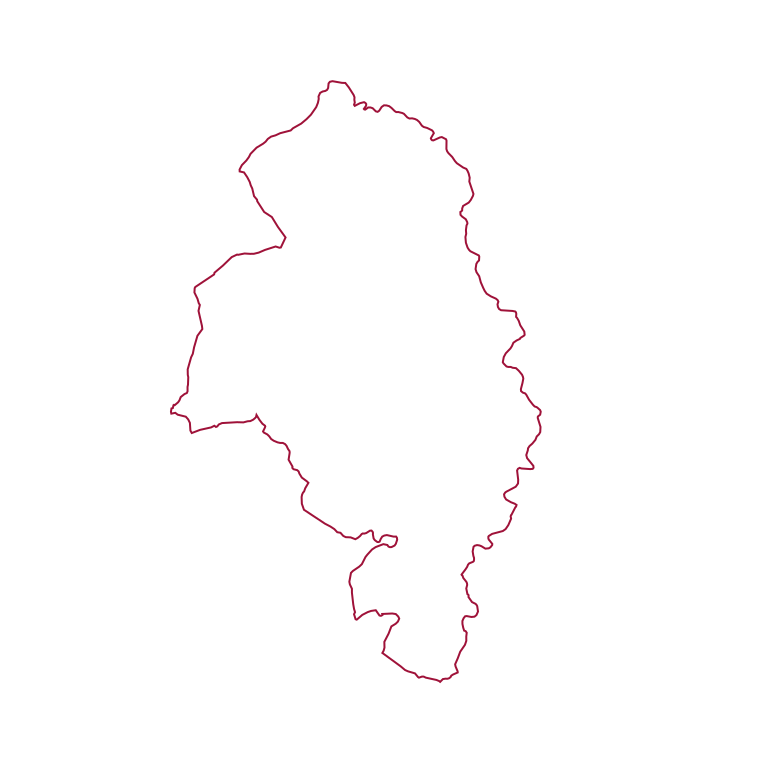 Cuautempan, Puebla, Mexico (Albers equal-area conic projection), rotated 145°
{"feature_id": "50627088B27236807147286", "entity_name": "Cuautempan", "entity_type": "district", "adm_level": 2, "iso_a3": "MEX", "parent_name": "Mexico", "parent_adm1": "Puebla", "projection": "albers", "projection_center": [-97.792, 19.919], "detail": "fine", "context": "isolated", "style": "outline", "palette": "rose", "viewbox_px": 768, "rotation_deg": 145, "n_neighbors": 0, "source": "geoboundaries", "source_scale": "gbopen_adm2", "svg_char_len": 6166}
<svg xmlns="http://www.w3.org/2000/svg" viewBox="0 0 768 768"><g transform="rotate(145 384 384)"><path d="M519.4,248.2L525.8,241.9L526.9,239.4L527.7,234.7L530.0,231.4L535.6,221.1L537.6,216.8L538.6,213.7L540.6,212.6L542.2,207.6L541.5,206.6L534.2,207.3L528.2,206.5L524.7,205.5L520.5,203.4L520.5,197.0L519.8,196.1L519.0,195.7L517.6,195.7L517.3,196.6L508.9,191.3L506.3,188.8L505.7,185.4L506.1,183.1L508.9,181.4L511.9,180.9L517.0,181.2L523.4,176.9L531.6,172.6L534.8,167.8L537.2,165.8L539.6,164.6L532.3,143.2L530.8,137.6L529.1,134.8L524.6,129.2L524.2,124.3L523.8,123.4L520.6,122.5L519.3,121.5L518.2,119.5L510.8,111.5L509.2,109.0L508.9,107.8L505.0,108.5L502.6,107.3L501.0,106.1L499.3,105.6L497.4,105.8L496.2,106.5L494.0,106.4L489.1,105.4L488.5,106.4L487.4,111.5L486.5,113.6L480.9,117.0L475.1,121.0L467.3,123.9L463.9,126.4L461.5,129.9L458.9,132.8L458.9,134.8L459.8,136.0L458.9,138.9L457.4,142.4L455.7,144.9L453.1,146.5L450.8,147.2L449.4,146.5L446.0,143.0L443.3,141.5L440.8,141.7L437.5,143.7L435.1,148.5L434.9,149.7L435.1,151.4L437.0,154.9L437.0,161.0L436.1,162.1L435.8,163.0L436.2,164.0L433.9,169.3L431.1,171.7L430.3,173.2L430.0,174.7L430.3,179.6L429.6,182.0L429.9,182.7L429.8,183.4L423.6,185.4L420.8,186.5L418.8,187.8L417.1,188.2L413.2,187.3L412.1,187.4L411.1,188.3L410.0,189.9L409.4,191.9L407.4,196.0L404.0,199.3L402.5,199.5L400.2,198.7L398.4,197.0L397.2,195.2L395.4,191.0L392.4,189.3L390.5,189.2L387.8,190.0L387.0,190.9L387.4,196.6L387.0,197.8L386.1,199.1L385.3,199.4L381.4,199.2L371.0,195.4L367.6,195.4L363.1,197.1L357.1,200.8L356.2,202.9L355.2,203.7L354.7,203.7L347.1,207.7L346.2,207.8L344.8,208.9L345.6,211.0L347.8,214.3L350.2,219.4L350.0,222.6L348.9,224.8L346.9,225.6L345.5,225.6L335.0,224.3L331.3,225.6L329.0,228.6L324.6,236.8L322.9,237.7L321.0,237.5L319.9,236.0L313.0,230.4L310.9,229.2L310.0,229.4L309.5,229.7L308.6,231.3L309.3,241.2L308.2,244.2L304.2,247.2L302.9,248.7L300.4,249.7L296.7,250.1L292.0,251.4L289.0,253.4L285.9,253.9L283.6,255.0L280.4,259.1L277.5,268.1L276.6,269.1L273.7,269.3L271.5,271.4L271.1,273.1L271.7,275.8L272.2,277.5L273.5,279.2L273.9,281.7L274.2,287.9L273.6,293.7L273.8,295.4L275.2,297.3L275.8,299.6L274.8,301.3L270.1,305.3L266.8,308.5L266.1,310.1L265.6,312.4L266.0,317.6L266.8,321.3L269.3,323.5L270.4,325.3L272.5,326.8L273.6,328.1L274.3,332.3L274.2,333.7L270.4,337.4L266.6,339.3L260.0,340.6L257.4,341.7L254.3,343.6L250.4,343.6L246.8,343.0L245.9,343.5L241.5,343.3L240.6,343.6L239.0,346.5L238.7,353.9L237.4,358.5L237.1,361.8L237.3,363.2L235.4,365.6L234.8,367.0L234.9,368.1L236.8,370.1L245.8,377.3L246.7,379.4L246.5,381.7L245.3,384.2L243.1,385.8L242.8,387.6L243.4,389.8L246.2,394.5L248.1,399.1L248.1,402.6L247.6,405.8L246.4,411.7L244.2,417.7L244.1,422.5L243.1,425.6L239.5,429.4L237.3,430.4L235.3,430.7L232.9,433.7L232.6,434.9L237.1,443.2L237.4,445.2L237.3,447.8L235.9,452.7L233.0,457.7L230.5,459.9L228.6,463.1L225.4,466.6L223.7,467.5L223.0,468.8L222.5,472.0L224.0,476.4L224.3,478.7L222.8,481.1L221.3,481.1L220.4,481.4L219.2,483.0L217.0,484.5L210.5,484.0L207.3,485.0L203.2,487.1L201.7,488.4L198.0,500.9L195.5,503.8L193.9,507.9L193.3,510.9L193.2,513.0L195.0,515.9L197.7,523.1L198.0,525.9L197.9,530.8L198.8,536.2L198.8,538.4L198.1,540.7L193.2,547.5L192.8,548.9L195.0,553.1L196.8,553.9L203.8,555.2L204.8,556.1L205.0,557.2L204.7,558.4L199.3,560.9L199.0,562.6L199.2,564.3L201.8,569.0L204.1,571.8L204.8,573.9L204.8,578.5L205.5,581.3L206.7,583.4L208.6,585.5L210.9,586.9L212.0,589.0L212.7,593.9L213.6,595.5L216.3,598.6L218.0,599.7L218.7,601.4L219.5,605.8L220.4,608.6L222.2,610.8L224.2,612.3L227.0,612.3L231.2,610.6L233.1,610.6L234.3,612.0L235.1,616.4L236.4,618.2L238.4,619.6L241.9,619.5L242.6,620.1L242.7,620.9L239.1,622.2L238.0,623.5L238.0,624.9L238.7,626.3L242.6,627.8L248.4,628.6L248.4,629.9L246.5,631.3L245.3,633.8L243.7,635.8L243.1,638.2L242.7,647.1L243.0,652.8L245.6,654.7L252.5,661.6L255.0,662.6L257.0,662.0L260.0,658.5L261.8,657.6L263.9,657.7L266.5,658.8L269.3,659.1L272.7,657.1L274.0,654.9L276.9,652.2L280.7,649.7L289.4,646.5L295.5,645.4L302.5,644.8L311.8,645.7L315.0,645.2L325.2,649.0L330.2,649.9L334.6,651.4L338.6,651.4L342.0,650.4L345.2,650.2L352.8,650.7L361.3,649.1L364.5,647.4L368.6,646.0L374.9,644.8L379.3,642.5L380.3,640.9L377.3,637.6L377.4,631.8L378.1,626.5L379.2,623.2L379.8,619.7L382.7,612.4L382.3,607.8L383.0,606.4L383.5,593.6L380.1,585.1L380.8,573.5L380.6,560.5L390.2,555.0L391.5,555.6L393.9,558.8L404.6,562.1L411.3,563.5L415.9,565.3L419.0,567.4L423.4,570.9L429.4,573.5L430.1,574.3L436.0,575.3L448.0,573.4L459.0,572.4L460.3,571.2L482.9,571.7L484.1,571.1L486.8,567.7L487.9,560.8L489.4,556.4L489.5,554.4L494.0,550.3L499.8,536.0L501.3,533.2L509.2,530.5L518.5,523.0L523.3,518.4L526.7,516.5L536.4,508.6L539.5,504.0L540.4,501.9L545.0,495.8L546.6,494.3L549.1,490.7L550.7,489.7L553.2,490.2L558.0,489.9L561.0,487.9L563.2,487.1L567.6,486.7L568.0,487.4L568.6,487.4L570.8,485.4L572.1,485.9L574.5,483.4L575.2,481.7L571.5,480.1L570.6,477.2L565.1,470.9L564.7,467.3L565.3,463.5L569.3,456.9L569.6,454.1L560.9,451.9L550.5,447.6L546.9,447.1L546.3,445.2L544.9,444.9L542.5,445.6L539.1,444.9L526.3,437.0L521.2,433.2L517.1,431.7L514.8,430.3L511.6,429.8L509.4,430.0L507.9,430.3L506.2,431.8L506.6,426.1L506.4,421.2L505.4,418.1L505.6,417.3L506.9,416.4L510.3,414.5L510.3,413.2L508.5,409.6L508.0,406.9L508.0,403.7L506.9,400.8L504.7,397.3L502.9,395.3L500.7,393.8L499.5,391.5L499.3,389.2L499.9,385.8L499.9,383.2L500.7,381.8L505.6,376.7L506.3,368.9L507.2,367.9L507.0,366.1L504.5,363.2L504.1,361.3L504.7,359.2L505.0,354.5L503.0,348.5L502.6,346.4L508.3,343.8L511.1,341.8L512.6,341.5L514.5,340.4L516.3,338.7L520.0,333.0L521.7,326.9L512.5,303.5L509.6,297.9L507.9,293.6L507.3,289.4L505.0,287.1L504.5,282.9L503.2,280.5L499.3,277.5L496.5,273.3L493.8,273.0L490.9,273.2L488.3,273.9L487.0,273.7L486.2,272.9L484.1,272.1L479.6,271.9L478.3,271.1L478.1,269.5L478.4,268.4L479.4,267.1L481.1,263.4L481.1,261.4L480.1,258.4L479.1,257.6L478.0,257.4L475.6,258.9L473.0,260.0L470.7,259.7L468.3,258.6L463.7,253.5L461.6,252.1L461.6,250.7L462.5,248.9L466.0,246.3L468.0,245.6L471.4,246.1L472.9,247.1L473.6,248.3L473.6,250.2L476.4,253.2L484.4,255.2L488.7,255.3L495.4,253.8L498.4,252.9L505.5,249.1L509.1,248.6L516.8,248.7L519.4,248.2Z" fill="none" stroke="#9f1239" stroke-width="2"/></g></svg>